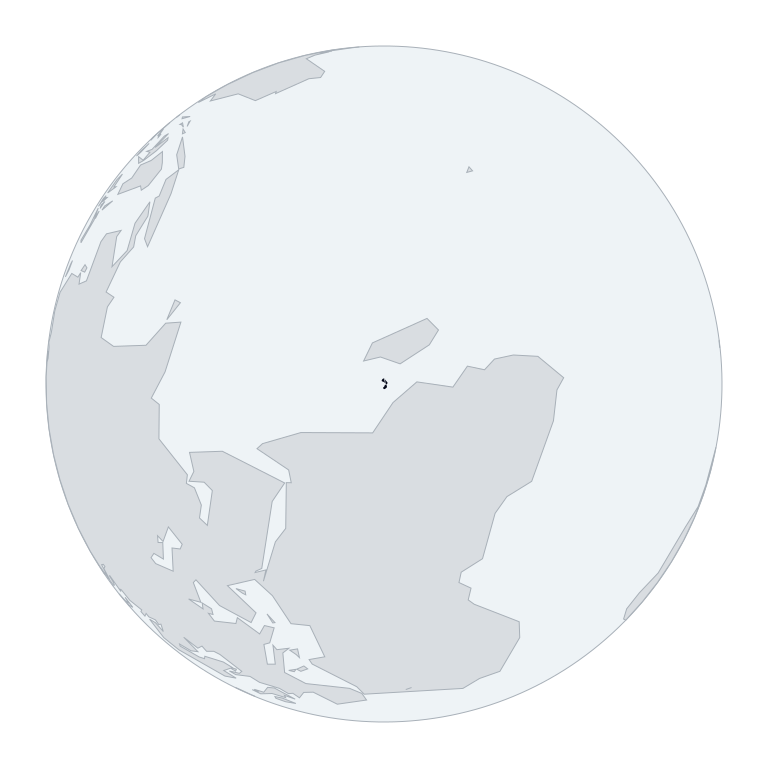 Comoros highlighted on a globe, orthographic projection, rotated 226°
{"feature_id": "COM", "entity_name": "Comoros", "entity_type": "country or territory", "adm_level": 0, "iso_a3": "COM", "parent_name": "Africa", "parent_adm1": "", "projection": "orthographic", "projection_center": [43.859, -11.868], "detail": "fine", "context": "on_globe", "style": "filled", "palette": "ink", "viewbox_px": 768, "rotation_deg": 226, "n_neighbors": 0, "source": "natural_earth", "source_scale": "50m", "svg_char_len": 6326}
<svg xmlns="http://www.w3.org/2000/svg" viewBox="0 0 768 768"><g transform="rotate(226 384 384)"><circle cx="384" cy="384" r="338" fill="#eef3f6" stroke="#a8b0b8"/><path d="M46.2,393.9L48.5,393.1L53.7,402.4L56.4,422.6L57.6,449.9L71.8,501.7L77.6,524.8L87.9,545.6L107.7,578.5L107.9,578.8L94.4,558.1L82.4,536.5L72.1,514.0L63.4,490.9L56.5,467.2L51.3,443.0L47.9,418.5L46.2,393.9ZM182.4,655.2L176.8,650.7L178.2,651.7L182.4,655.1L182.4,655.2ZM641.4,165.0L640.5,164.4L633.5,156.2L635.9,160.3L643.2,168.7L646.9,171.9L652.0,180.3L665.3,198.0L675.0,214.7L680.4,236.2L673.5,238.0L674.8,243.2L667.7,234.0L664.9,241.6L683.0,279.2L684.8,288.7L677.1,301.6L675.7,294.1L657.3,269.8L658.4,291.9L672.6,316.6L677.7,342.2L668.8,330.8L663.1,308.4L656.5,299.1L655.0,279.2L643.2,248.0L634.0,250.0L631.6,238.6L613.9,212.8L598.9,215.6L577.2,239.7L579.4,269.2L569.6,280.9L544.8,234.9L535.5,206.8L525.4,208.1L500.9,184.0L455.3,179.5L449.8,172.8L441.0,175.5L423.8,168.5L415.8,158.2L405.0,158.7L426.6,186.5L438.3,186.4L449.5,176.2L453.2,186.5L469.9,196.6L447.9,221.0L381.8,243.8L377.2,222.0L336.2,167.9L338.4,162.0L338.3,161.4L337.9,160.3L332.3,169.9L325.9,160.3L345.9,196.2L348.4,213.0L380.9,245.2L377.4,248.7L388.4,255.7L425.7,247.7L425.5,255.2L406.8,290.5L356.7,341.9L364.4,377.6L362.7,409.1L333.9,431.4L338.9,456.4L324.4,466.2L325.2,480.8L315.0,497.2L297.0,513.9L263.7,517.6L259.6,504.3L239.8,480.3L211.4,422.6L217.6,394.2L213.8,374.1L189.9,333.5L195.0,308.8L189.1,300.0L176.7,304.8L170.2,294.6L162.9,295.9L119.1,316.1L107.3,305.5L96.8,267.8L105.8,248.2L110.2,229.3L174.6,154.3L185.2,154.1L232.4,137.8L237.8,138.7L228.9,151.9L261.7,162.8L276.2,150.6L309.2,156.7L333.3,155.2L347.7,131.3L308.3,133.0L304.7,122.7L338.9,111.8L373.8,112.7L373.6,108.9L354.2,100.6L365.1,94.1L347.9,97.6L352.8,101.1L342.1,103.8L337.0,100.9L341.0,98.4L331.3,97.3L314.6,111.1L317.8,116.2L290.6,120.9L293.3,130.2L284.9,135.6L277.2,122.0L280.1,116.7L263.5,105.5L258.0,111.2L273.3,122.7L267.3,122.4L260.0,132.0L260.8,124.4L245.5,112.1L222.8,119.7L189.0,147.8L176.8,153.1L168.8,151.9L186.1,128.0L211.5,119.0L217.9,112.0L217.0,105.2L224.8,103.6L227.6,100.2L237.6,97.4L255.9,87.2L266.7,84.5L277.9,75.5L285.0,73.4L276.3,79.0L276.1,82.1L303.4,78.1L309.9,75.9L315.0,70.7L321.9,71.0L323.3,66.6L341.0,64.0L320.7,64.2L326.1,59.9L339.0,56.3L337.1,55.3L316.1,61.4L311.1,64.1L312.6,66.0L295.6,75.3L285.3,78.0L289.2,69.7L275.1,73.3L284.4,66.7L335.3,51.8L354.5,49.4L377.7,52.0L370.9,53.8L359.2,53.3L366.2,56.7L367.5,54.9L373.2,55.7L379.8,53.1L384.2,53.5L383.1,50.8L389.2,51.1L389.8,52.8L404.9,50.9L418.6,52.1L419.9,51.5L417.4,50.6L436.6,53.6L436.7,53.2L430.5,51.9L426.6,50.4L427.3,49.5L433.9,50.5L434.6,51.0L445.8,54.3L446.5,56.4L449.3,56.8L450.2,55.4L436.5,51.2L435.1,50.4L442.7,52.1L439.8,51.4L441.1,51.4L448.6,52.7L440.8,51.0L442.0,51.1L467.5,56.5L492.4,63.9L516.7,73.2L540.2,84.4L562.8,97.3L584.4,111.9L604.7,128.1L623.8,145.9L641.4,165.0ZM149.1,187.4L146.5,193.0L149.1,187.4ZM408.9,127.5L431.0,129.6L424.2,115.7L432.2,115.7L426.9,111.4L423.6,114.7L411.3,103.7L422.0,100.8L420.9,95.8L413.4,95.0L395.8,102.3L413.3,117.6L406.9,122.8L408.9,127.5ZM233.0,87.9L234.9,88.4L229.0,92.5L215.4,98.7L223.8,92.5L233.0,87.9ZM239.1,88.5L246.8,80.1L255.7,76.9L249.4,79.9L254.5,78.6L245.8,83.4L246.6,89.6L241.5,93.9L219.0,101.2L229.2,96.1L226.7,95.4L239.1,88.5ZM264.5,67.9L269.1,66.3L264.2,68.3L250.2,73.7L248.9,74.3L264.5,67.9ZM245.9,133.1L250.4,132.9L258.0,131.3L253.5,137.8L245.9,133.1ZM235.1,124.6L239.5,123.1L236.8,130.5L232.1,131.2L235.1,124.6ZM244.2,116.5L239.9,122.5L239.4,119.6L244.2,116.5ZM280.6,77.8L285.6,76.4L285.2,77.5L281.4,79.7L280.6,77.8ZM339.7,135.4L331.5,140.2L328.4,138.1L331.8,136.9L339.7,135.4ZM289.4,138.0L299.9,140.1L288.1,139.8L289.4,138.0ZM478.7,590.5L481.2,596.0L475.8,595.8L478.7,590.5ZM421.6,404.2L401.3,460.5L385.0,460.7L380.7,443.8L387.3,409.6L405.9,400.2L414.7,385.3L421.6,404.2ZM706.0,421.3L708.2,425.8L707.8,427.2L706.0,421.3ZM704.0,412.8L707.0,416.6L702.9,415.7L704.0,412.8ZM708.1,418.1L711.1,418.5L712.5,417.5L711.8,420.5L708.1,418.1ZM701.7,410.7L686.0,399.0L678.9,390.5L681.3,385.7L692.9,394.1L701.7,410.7ZM680.7,385.2L668.8,362.9L647.0,309.3L654.9,312.7L676.6,348.6L675.4,352.9L682.6,369.3L680.7,385.2ZM706.5,371.9L705.1,386.1L697.2,378.3L693.2,373.1L690.5,352.3L692.0,344.0L695.6,346.5L705.3,324.3L709.4,335.3L707.4,345.6L710.6,361.0L706.5,371.9ZM581.1,272.4L589.7,292.1L583.9,294.0L581.1,272.4ZM706.1,306.7L704.2,316.1L705.0,301.9L706.1,306.7ZM704.7,292.4L706.3,299.3L703.5,291.2L704.7,292.4ZM677.5,251.8L673.9,251.0L672.4,246.4L676.0,244.9L677.5,251.8ZM682.4,229.2L687.9,241.8L689.2,245.7L684.9,236.7L682.4,229.2ZM417.1,47.7L407.1,47.4L404.5,48.2L410.4,49.6L397.8,48.2L401.8,46.9L417.1,47.7ZM714.1,456.1L710.3,471.5L708.1,479.6L699.2,505.7L688.3,531.0L675.3,555.3L660.3,578.5L643.6,600.4L648.4,594.1L662.1,575.1L659.6,577.8L667.0,567.6L661.0,575.3L668.6,562.7L671.9,554.1L650.1,558.5L648.5,551.3L655.8,542.0L668.2,507.7L669.3,509.6L677.2,488.3L694.0,480.7L708.2,455.7L709.6,464.5L715.5,446.0L714.4,454.8L714.1,456.1ZM711.1,430.4L715.1,423.0L716.1,424.5L711.1,430.4ZM720.8,411.7L721.0,406.7L721.3,398.0L721.7,396.6L721.3,385.4L721.9,388.7L721.9,389.3L720.8,411.7ZM720.0,419.7L719.9,420.8L719.5,424.1L720.0,419.7ZM719.0,393.8L718.7,397.4L718.2,392.8L719.0,393.8ZM719.8,393.5L720.7,402.6L719.5,396.4L719.8,393.5ZM712.3,366.2L713.3,376.6L716.2,374.9L713.9,380.1L714.9,398.2L713.8,403.0L713.1,383.7L711.2,399.8L709.7,397.7L709.9,382.1L711.8,366.3L713.2,360.8L718.0,365.4L712.3,366.2ZM720.2,382.2L719.7,370.3L719.9,364.3L720.5,371.2L720.2,382.2ZM716.7,341.7L713.4,326.7L712.0,328.3L713.4,317.9L716.5,333.8L716.7,341.7ZM711.6,313.3L710.4,314.6L710.6,308.0L711.6,313.3ZM709.2,310.0L707.5,301.7L709.2,304.9L709.2,310.0ZM712.5,315.0L710.1,302.0L712.4,311.1L712.5,315.0ZM702.7,283.4L709.1,300.7L703.4,289.4L696.1,264.1L697.9,265.9L702.7,283.4Z" fill="#d9dde1" stroke="#a8b0b8" stroke-width="1"/><path d="M381.7,384.2L381.6,384.3L381.1,383.9L380.8,383.9L380.3,383.3L380.5,381.4L380.7,381.2L380.8,381.1L381.0,381.1L381.3,381.3L381.2,382.5L381.6,383.3L381.9,384.0L381.7,384.2ZM387.6,385.3L387.8,386.1L387.8,386.7L387.7,386.9L387.0,386.3L386.1,385.8L386.5,385.7L386.7,385.8L387.0,385.8L387.2,385.5L387.2,385.3L387.4,385.2L387.6,385.3ZM383.6,386.6L384.0,386.9L382.9,386.8L382.7,386.5L382.7,386.2L383.1,386.3L383.6,386.6Z" fill="#0f172a" stroke="#020617" stroke-width="1.5"/></g></svg>